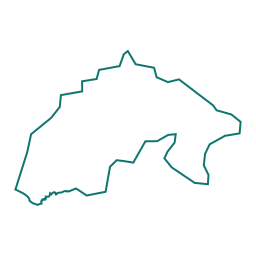 the district of Suzak, Jalal-Abad, Kyrgyzstan
{"feature_id": "92254566B63974139076370", "entity_name": "Suzak", "entity_type": "district", "adm_level": 2, "iso_a3": "KGZ", "parent_name": "Kyrgyzstan", "parent_adm1": "Jalal-Abad", "projection": "mercator", "projection_center": [73.12, 41.081], "detail": "fine", "context": "isolated", "style": "outline", "palette": "teal", "viewbox_px": 256, "rotation_deg": 0, "n_neighbors": 0, "source": "geoboundaries", "source_scale": "gbopen_adm2", "svg_char_len": 1798}
<svg xmlns="http://www.w3.org/2000/svg" viewBox="0 0 256 256"><path d="M239.6,133.4L240.6,121.9L231.4,114.5L216.6,110.3L213.1,105.4L179.0,79.4L167.9,82.1L156.6,77.2L154.1,67.8L135.6,64.2L127.8,51.1L123.8,54.2L119.6,66.1L99.1,69.9L96.6,79.0L82.1,81.3L82.2,91.4L60.9,95.1L59.8,106.9L51.1,117.9L31.1,134.2L27.2,152.2L15.4,189.6L15.7,189.7L17.3,190.4L22.7,193.1L25.4,194.8L27.8,196.8L29.3,199.0L29.5,200.7L31.7,202.4L32.7,203.2L35.0,203.9L37.5,204.9L39.3,204.1L40.8,203.7L41.4,203.6L41.2,203.1L41.2,202.9L41.4,202.6L41.3,201.8L41.5,201.5L41.4,201.0L41.5,200.7L41.9,200.5L42.0,200.2L42.2,200.3L42.3,200.3L42.3,199.9L42.5,199.7L42.8,199.3L43.0,199.2L43.7,199.0L43.8,199.5L44.2,199.4L44.4,199.2L44.4,199.4L44.5,199.4L44.6,199.6L45.1,199.6L45.1,198.8L45.3,198.8L45.3,198.7L45.5,198.7L45.6,198.4L45.8,198.4L45.8,198.2L46.0,197.7L45.9,196.9L46.1,197.0L46.2,196.9L46.4,196.8L46.6,196.7L46.8,196.6L47.0,196.7L47.3,196.7L47.9,196.7L48.1,196.7L48.6,196.7L49.0,196.4L49.1,196.2L49.3,195.9L49.4,195.7L49.5,195.7L49.9,194.6L50.0,194.0L50.1,193.3L51.3,194.2L51.4,193.9L51.5,193.7L51.8,193.7L52.5,193.1L52.6,192.9L52.8,192.8L53.0,192.6L53.4,192.5L53.7,192.4L53.9,192.3L54.2,192.4L54.4,192.4L54.6,192.3L54.9,192.5L55.0,192.6L55.2,192.8L55.3,192.8L55.4,193.0L55.4,193.3L55.3,193.5L55.5,193.8L55.9,194.0L56.1,194.2L56.1,194.4L56.5,194.3L57.0,193.7L57.3,193.4L57.6,193.0L57.8,192.9L58.0,192.9L62.1,192.3L63.5,191.5L64.5,191.2L65.5,190.9L66.7,191.5L67.2,191.3L67.6,191.0L68.6,191.5L75.9,188.5L77.6,189.5L86.7,195.5L105.6,191.8L110.0,166.8L116.7,160.2L124.6,161.2L133.3,162.6L145.4,141.3L157.1,141.2L168.2,134.9L175.7,134.2L174.6,142.6L167.6,151.5L164.4,158.3L171.7,167.4L194.7,182.9L207.9,184.2L208.5,175.0L203.8,165.3L205.1,153.7L209.7,144.3L225.0,135.8L239.6,133.4Z" fill="none" stroke="#0f766e" stroke-width="2"/></svg>